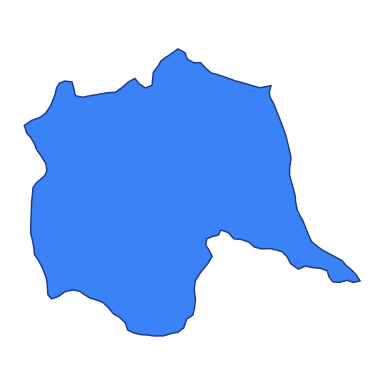 Araçaí, Minas Gerais, Brazil (orthographic projection), rotated 269°
{"feature_id": "56859067B97028441467773", "entity_name": "Araçaí", "entity_type": "district", "adm_level": 2, "iso_a3": "BRA", "parent_name": "Brazil", "parent_adm1": "Minas Gerais", "projection": "orthographic", "projection_center": [-44.223, -19.251], "detail": "fine", "context": "isolated", "style": "filled", "palette": "blue", "viewbox_px": 384, "rotation_deg": 269, "n_neighbors": 0, "source": "geoboundaries", "source_scale": "gbopen_adm2", "svg_char_len": 1997}
<svg xmlns="http://www.w3.org/2000/svg" viewBox="0 0 384 384"><g transform="rotate(269 192 192)"><path d="M335.3,180.4L330.3,173.3L326.9,167.8L323.6,163.3L318.3,160.1L312.2,155.4L306.9,154.8L299.4,153.9L296.8,147.1L301.3,140.9L306.6,136.9L303.2,130.4L298.0,124.4L293.1,117.2L292.7,109.1L291.3,100.3L289.9,90.9L288.6,84.4L290.3,77.1L297.7,75.6L304.1,74.0L305.2,66.7L303.0,61.2L298.3,58.4L291.7,56.7L286.6,54.7L280.0,51.7L273.3,47.0L269.1,41.1L266.3,32.9L261.6,25.5L254.4,27.6L248.3,32.3L242.2,35.6L237.2,37.3L231.0,41.5L222.8,46.4L215.5,47.3L211.0,45.0L207.4,40.9L203.8,36.6L199.4,33.2L191.4,32.3L184.9,31.5L177.7,31.1L172.2,30.8L161.6,30.2L153.4,30.0L146.3,31.7L138.7,33.0L132.3,33.4L125.9,37.6L118.8,41.1L113.8,42.9L109.0,44.7L103.5,45.6L97.3,45.8L91.7,46.2L87.6,49.7L89.9,56.5L94.8,63.8L96.1,71.4L94.8,77.9L90.9,83.2L87.6,88.5L86.0,93.9L83.4,100.6L78.4,105.9L71.5,111.4L68.1,117.2L62.4,123.0L55.1,125.3L52.3,130.9L50.3,138.5L49.8,145.1L48.7,151.8L48.7,161.3L50.9,168.6L52.0,175.4L56.2,181.3L65.1,184.5L69.0,190.7L75.7,192.4L84.6,193.6L94.2,192.5L103.2,193.7L111.6,199.3L119.9,206.3L127.1,211.0L132.3,208.7L138.7,204.8L144.9,205.9L147.1,211.5L148.5,217.7L153.5,220.1L150.8,227.5L144.4,233.1L143.7,240.3L141.0,247.8L135.9,253.4L134.0,260.1L134.0,269.0L132.5,275.7L130.5,281.4L125.4,286.1L118.7,289.3L113.0,297.0L116.0,304.3L114.3,311.3L113.5,318.8L111.0,325.8L104.9,327.5L99.7,331.3L99.0,338.2L101.1,345.5L98.8,351.9L100.1,358.5L106.6,354.4L111.0,350.5L115.5,345.2L120.7,340.8L123.8,335.5L127.4,329.0L131.3,321.9L135.2,316.6L140.2,310.8L147.4,307.5L154.9,304.8L160.9,302.5L166.3,299.6L171.9,297.0L179.6,295.5L187.3,294.9L193.8,293.3L200.1,291.6L206.8,289.9L212.9,289.9L224.4,291.6L231.8,290.2L247.6,286.6L259.1,282.6L279.0,275.2L285.2,271.7L290.7,271.0L296.9,272.8L295.0,261.6L297.7,252.9L300.2,244.8L302.2,237.7L304.9,230.7L307.2,224.5L309.1,219.0L310.8,213.1L316.0,207.4L321.3,202.7L321.1,196.2L325.0,189.6L331.4,187.4L335.3,180.4Z" fill="#3b82f6" stroke="#1e3a8a" stroke-width="1.5"/></g></svg>